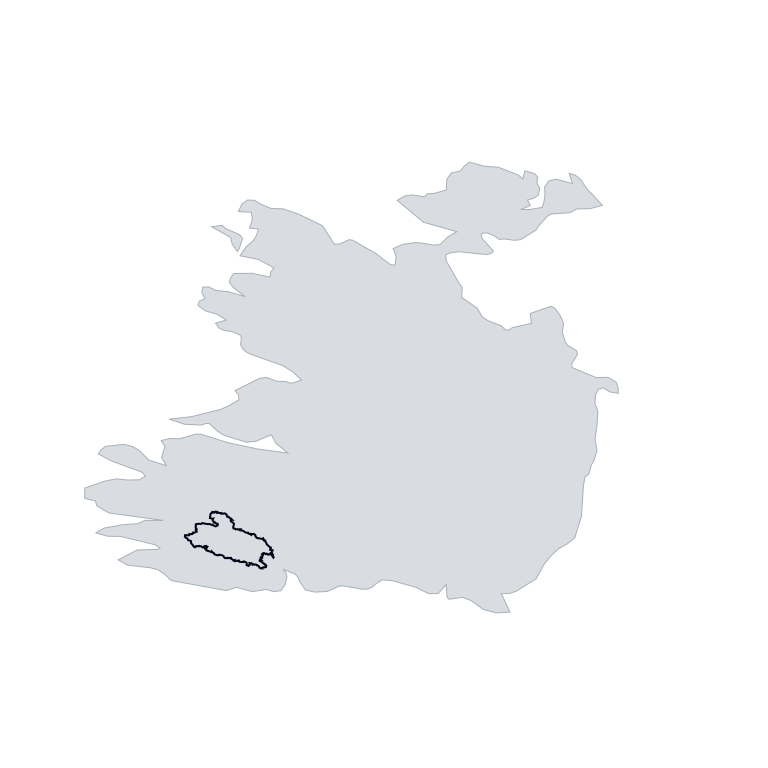 location of Macroom Lea-6, Cork, Ireland, rotated 23°
{"feature_id": "5873133B25756375031462", "entity_name": "Macroom Lea-6", "entity_type": "district", "adm_level": 2, "iso_a3": "IRL", "parent_name": "Ireland", "parent_adm1": "Cork", "projection": "robinson", "projection_center": [-8.909, 51.94], "detail": "fine", "context": "in_parent", "style": "outline", "palette": "ink", "viewbox_px": 768, "rotation_deg": 23, "n_neighbors": 0, "source": "geoboundaries", "source_scale": "gbopen_adm2", "svg_char_len": 9576}
<svg xmlns="http://www.w3.org/2000/svg" viewBox="0 0 768 768"><g transform="rotate(23 384 384)"><path d="M488.2,153.6L471.5,162.2L468.9,165.5L464.3,179.0L463.8,182.8L453.4,197.8L447.5,200.9L438.6,203.3L433.6,205.8L427.2,204.5L419.2,204.7L415.2,207.4L415.4,209.5L417.8,211.9L432.7,218.8L431.9,221.6L427.7,224.9L401.1,233.0L393.2,237.9L390.4,241.1L393.3,246.5L414.7,262.7L418.3,264.5L421.5,273.9L440.3,277.8L448.1,283.7L454.8,285.1L469.2,284.6L475.0,286.8L478.2,285.1L480.1,282.0L496.1,270.5L491.0,262.0L507.2,247.3L511.7,247.5L519.3,252.0L525.7,258.2L527.8,266.5L533.9,274.0L537.7,276.6L548.1,278.1L550.6,281.0L548.9,291.8L550.5,295.4L576.9,295.2L587.4,290.4L596.5,291.3L601.1,296.1L603.2,301.1L595.4,303.0L587.1,302.0L583.2,305.3L583.0,311.6L585.9,319.7L591.5,325.5L596.1,338.5L600.0,352.9L605.9,361.6L607.2,372.4L606.5,377.7L607.7,387.3L605.3,390.7L607.3,399.6L617.4,428.5L619.7,451.1L615.1,459.6L608.9,467.6L604.8,477.1L601.8,487.4L600.1,503.9L586.5,523.3L580.7,528.2L573.9,531.1L589.1,544.7L576.9,550.8L563.6,552.7L548.8,549.3L539.6,549.7L528.0,556.7L525.3,555.5L519.6,544.3L515.7,555.8L507.2,559.5L492.6,558.7L468.3,561.8L458.9,565.0L455.1,570.2L452.2,576.1L448.5,579.6L444.2,581.4L425.4,585.8L421.7,587.5L413.0,597.1L401.6,602.6L392.1,604.3L383.6,598.7L380.2,595.4L376.2,593.7L363.3,593.9L367.4,595.7L370.1,599.6L371.4,607.1L369.9,614.5L363.5,618.3L355.9,619.0L343.9,626.6L328.0,628.7L319.4,635.8L266.7,647.7L263.8,647.8L256.5,644.8L248.6,643.4L240.8,644.4L218.7,651.0L208.0,649.7L221.7,633.2L240.0,624.8L241.9,622.5L236.0,621.4L201.2,627.2L189.1,632.1L177.0,633.6L182.6,626.0L198.3,615.7L211.7,608.9L217.6,602.8L234.0,595.9L181.1,610.2L167.3,608.4L164.0,604.4L153.2,606.3L149.2,596.7L165.3,582.2L174.7,575.9L185.8,572.5L196.4,567.7L200.4,561.7L195.4,559.8L163.5,561.3L148.3,560.1L149.2,555.4L152.0,550.2L167.9,541.3L176.4,539.8L184.1,540.7L197.5,546.0L215.4,544.2L208.0,538.6L206.7,527.0L201.0,523.1L208.4,517.7L216.8,514.5L230.8,503.4L235.7,501.7L263.3,499.0L293.1,493.2L322.6,485.1L307.4,480.7L300.2,474.7L288.6,486.7L280.2,491.3L256.5,493.8L249.1,492.4L238.5,488.7L235.2,490.1L232.2,493.0L216.5,498.9L200.0,500.3L219.2,489.5L243.6,471.2L249.0,465.4L256.7,455.3L254.4,450.9L249.4,448.3L267.0,427.7L273.1,423.9L284.4,423.3L292.6,420.0L296.2,420.0L299.5,418.8L306.7,412.6L295.6,408.6L284.1,406.6L248.6,408.8L243.9,408.3L239.5,406.4L236.6,403.7L234.5,396.6L231.9,395.1L223.9,395.1L216.0,397.2L210.5,397.0L205.1,393.9L213.8,386.7L202.6,385.0L191.4,386.5L182.0,384.3L181.7,379.8L186.0,375.3L180.5,371.0L179.4,365.6L185.3,363.0L191.8,363.8L205.0,359.8L221.9,357.9L207.4,354.0L201.7,350.6L201.4,345.4L202.6,341.0L219.4,333.6L237.3,330.3L236.0,325.3L237.3,320.0L219.2,318.5L201.4,322.2L203.4,312.1L207.7,302.9L208.6,296.9L207.8,290.4L199.4,293.1L198.5,284.0L194.9,277.8L182.6,282.1L182.9,273.8L186.5,268.0L193.0,265.5L199.4,266.6L211.3,266.5L222.8,262.2L239.3,261.0L265.6,262.4L283.7,274.7L288.4,272.5L295.6,264.7L299.0,263.9L326.3,267.2L343.2,271.7L347.8,270.3L345.3,261.7L339.5,255.8L346.8,248.0L355.7,242.7L361.6,240.1L375.3,236.8L381.3,233.7L385.2,223.7L391.5,215.3L357.1,219.7L324.4,209.8L329.6,202.8L336.5,198.8L348.4,195.8L349.5,192.1L355.5,189.1L365.5,181.1L361.8,170.7L363.7,163.2L370.8,158.4L373.0,151.4L376.2,146.3L390.7,144.5L404.6,139.8L426.1,139.1L431.7,141.1L430.4,132.7L440.5,131.6L444.4,133.3L446.2,139.2L450.8,143.0L452.3,149.6L449.3,154.6L444.2,158.6L448.9,162.6L441.7,169.9L449.5,166.7L460.7,159.6L460.1,153.8L458.1,146.5L454.9,140.0L456.3,132.7L462.5,128.2L479.1,125.9L472.2,117.7L478.2,117.0L484.8,118.7L494.6,125.1L515.2,134.1L505.2,142.1L493.0,147.6L488.2,153.6ZM197.8,315.4L197.3,319.4L189.4,314.4L185.6,309.0L163.9,306.6L173.0,301.2L177.4,302.8L192.7,303.0L197.0,305.3L197.8,315.4Z" fill="#d9dde1" stroke="#a8b0b8" stroke-width="1"/><path d="M279.1,567.2L278.9,567.8L278.6,567.8L278.4,568.1L278.3,568.3L278.1,568.2L277.9,568.5L277.6,568.5L277.3,568.6L277.0,568.7L276.8,568.6L276.7,568.8L276.5,568.7L276.3,568.9L276.4,569.0L276.2,569.0L276.3,569.2L276.2,569.6L275.9,569.9L275.5,570.1L275.4,570.3L275.4,570.5L275.1,571.1L275.2,571.4L275.2,571.5L275.1,571.9L275.5,572.4L275.5,573.1L276.1,575.4L278.2,575.2L279.1,575.0L279.3,574.8L279.3,575.4L279.7,576.7L281.5,577.7L281.5,578.0L281.7,577.9L281.8,577.8L281.9,577.6L282.1,577.8L282.3,577.7L282.3,577.8L282.7,577.8L284.3,578.0L285.5,577.6L286.2,578.9L286.1,579.2L285.6,579.8L285.3,579.8L285.1,580.4L284.7,580.8L284.1,581.0L282.1,580.6L281.2,581.0L279.9,581.1L279.1,580.9L278.0,581.0L277.0,581.7L276.0,582.0L273.7,582.5L273.3,582.7L271.4,582.8L270.8,583.4L270.6,584.2L268.5,584.8L267.5,585.6L266.1,586.0L265.7,586.6L266.0,586.7L266.0,587.1L266.3,587.9L266.2,588.5L266.3,589.1L267.2,590.0L268.0,590.4L268.1,590.6L267.8,590.7L267.8,591.2L267.5,591.5L267.7,592.0L268.4,592.1L269.1,592.6L269.3,593.0L268.8,593.2L268.1,594.5L267.5,594.9L267.1,594.9L266.3,595.3L266.5,596.2L265.7,596.8L265.9,597.2L263.8,598.3L263.5,598.3L263.8,599.1L263.7,599.4L263.3,599.7L261.7,600.2L261.1,600.2L260.3,601.2L260.0,601.2L260.4,602.4L261.2,602.5L261.4,602.9L261.9,603.1L263.6,603.1L263.9,603.3L264.6,604.3L264.8,604.3L267.4,603.9L267.8,604.1L268.2,604.8L268.4,605.7L268.6,605.8L269.3,606.3L270.2,606.6L271.4,607.3L272.0,607.8L273.2,608.3L274.2,607.9L274.0,607.0L274.6,606.5L275.3,606.3L275.8,606.0L277.0,605.8L277.2,605.2L279.5,604.9L279.8,605.1L281.4,605.3L282.0,604.5L282.2,603.9L281.9,603.8L282.0,603.5L283.4,602.5L285.0,602.8L284.9,603.0L284.6,603.2L284.9,603.3L284.9,603.5L284.1,604.0L283.8,604.3L283.9,604.6L283.9,604.8L284.1,604.9L283.6,605.4L283.7,605.6L285.0,605.4L285.1,605.5L285.0,605.8L285.6,606.3L285.6,606.5L286.1,606.4L286.6,606.6L287.2,606.3L289.3,606.3L290.6,606.1L290.7,605.6L291.0,606.0L291.3,606.1L292.0,606.1L292.1,605.9L292.9,606.2L293.7,606.2L294.1,606.8L295.4,607.0L297.8,606.7L298.4,606.4L298.4,606.0L299.0,605.9L299.0,605.6L299.5,605.3L302.2,604.9L303.1,605.1L303.4,605.0L303.7,605.2L303.7,605.3L303.9,605.6L305.5,606.4L307.0,605.8L307.4,605.8L307.7,605.5L307.8,605.1L308.7,605.2L309.1,604.9L309.2,604.7L310.1,604.4L310.5,604.0L310.8,604.1L311.2,603.9L311.4,604.2L311.5,604.6L312.0,604.5L313.5,604.9L314.8,604.8L314.9,605.0L315.0,605.4L315.6,605.4L315.4,604.5L315.6,604.3L315.8,604.6L315.6,604.7L315.7,604.9L316.3,604.8L316.4,604.5L316.8,604.6L316.7,604.7L317.1,604.6L317.5,604.3L318.3,604.1L318.7,603.4L319.2,603.1L319.7,603.3L320.2,604.1L320.6,604.1L323.9,603.0L324.1,602.9L323.9,602.4L324.0,602.2L325.8,601.9L327.2,602.2L328.2,603.6L328.3,604.0L328.2,604.1L328.3,604.5L328.6,604.5L329.7,604.3L330.4,604.4L330.6,603.9L330.6,603.6L330.5,603.4L330.6,603.2L330.9,603.3L331.1,603.1L331.1,602.6L330.8,602.3L330.5,601.5L330.3,601.4L331.5,600.8L332.2,600.7L332.6,600.8L333.4,601.6L333.5,601.3L334.1,601.1L334.2,600.9L334.6,600.9L335.2,601.1L336.4,600.2L337.2,600.2L337.5,600.2L337.9,600.6L339.2,600.4L340.0,600.6L340.3,601.1L341.3,601.9L342.9,601.8L342.9,601.5L343.2,601.2L344.3,601.2L344.1,600.4L344.4,599.9L345.2,599.5L346.1,599.4L346.9,598.5L346.7,598.1L346.4,598.0L346.4,597.7L346.6,597.2L346.2,597.0L345.9,597.1L345.4,597.0L345.2,596.6L344.9,596.7L344.7,596.4L343.8,596.4L343.7,596.2L342.5,596.1L340.0,595.4L338.6,595.4L338.6,595.1L338.8,595.1L338.6,594.7L338.9,594.6L338.7,594.3L338.9,594.1L339.3,594.0L339.0,593.9L338.9,593.3L338.5,592.7L338.8,592.3L339.5,592.1L339.4,591.9L339.6,591.6L339.4,591.5L339.1,590.7L338.7,590.8L339.0,590.2L339.2,589.9L339.4,589.9L339.4,589.2L339.0,588.8L339.0,588.4L338.5,588.3L339.0,587.7L338.8,587.6L339.0,587.4L338.9,587.3L339.0,587.2L339.2,587.3L339.1,586.7L339.4,586.4L340.4,586.6L340.5,586.7L341.7,586.8L342.2,586.0L342.9,586.2L343.4,586.1L343.6,586.3L343.8,586.2L343.9,586.3L344.3,586.2L344.6,586.2L345.1,585.4L345.1,585.1L345.2,584.9L345.2,584.7L345.4,584.4L345.4,584.6L345.7,584.9L346.6,584.9L346.8,585.2L347.9,585.5L349.1,586.6L349.5,586.7L350.0,586.6L350.4,587.3L350.6,587.5L350.8,587.5L350.4,587.3L350.2,586.8L349.8,586.3L349.2,585.9L348.8,585.3L348.6,584.5L347.3,584.3L347.0,583.2L346.8,583.0L346.6,583.1L346.5,582.8L346.2,582.5L346.4,581.6L346.2,581.3L346.5,581.1L346.6,580.6L346.1,580.4L345.8,580.5L345.1,580.9L343.9,581.1L343.9,580.7L344.0,580.7L343.8,580.3L343.9,580.0L343.7,579.9L343.9,579.3L343.8,578.8L342.7,578.7L341.6,578.3L340.9,578.2L340.1,577.9L338.9,577.5L338.3,577.1L338.3,576.7L337.0,575.9L336.4,575.4L336.0,575.3L336.2,575.1L336.0,574.5L334.6,574.5L334.0,574.7L333.8,574.5L333.5,573.5L333.1,573.2L333.0,573.4L333.0,573.6L333.0,573.8L332.6,574.0L332.4,574.2L331.5,574.3L331.3,574.3L329.6,574.9L328.4,575.0L327.6,575.2L327.5,575.4L326.7,575.3L326.0,574.7L325.7,574.7L325.5,574.3L325.0,574.2L324.7,573.9L324.6,573.4L324.4,573.3L322.9,572.8L322.0,573.4L321.1,573.7L321.1,573.9L320.9,574.1L320.9,574.8L320.3,574.7L319.5,574.0L318.8,574.6L317.8,574.7L317.3,574.5L317.0,574.0L315.5,574.7L313.8,574.7L313.2,574.4L311.8,574.3L311.0,574.3L309.5,574.7L309.2,573.6L307.8,574.0L307.7,574.2L307.8,574.9L305.6,574.9L304.3,575.8L303.2,575.4L301.9,575.8L301.3,575.1L300.9,574.1L300.9,572.2L300.3,571.1L300.1,570.9L299.6,570.9L298.8,570.6L296.7,570.2L296.3,569.7L296.0,568.9L296.0,568.5L296.3,568.6L297.3,568.3L295.5,567.5L294.8,567.7L294.2,567.7L293.9,567.5L293.5,567.2L293.1,567.3L293.0,567.0L292.0,567.1L291.8,567.3L291.4,567.4L291.0,566.9L290.9,566.6L290.5,566.2L290.1,566.0L290.0,565.7L289.2,565.6L288.7,565.3L287.5,565.5L287.1,566.0L285.8,566.2L285.4,566.7L285.0,566.5L284.6,566.6L284.3,566.4L284.0,566.6L284.1,566.9L283.5,566.8L282.6,567.2L281.8,567.0L281.2,567.5L281.1,567.1L280.8,567.0L280.6,567.3L280.5,567.1L280.4,567.0L280.2,567.2L279.8,567.2L279.9,567.4L279.7,567.5L279.6,567.2L279.1,567.2Z" fill="none" stroke="#020617" stroke-width="2"/></g></svg>